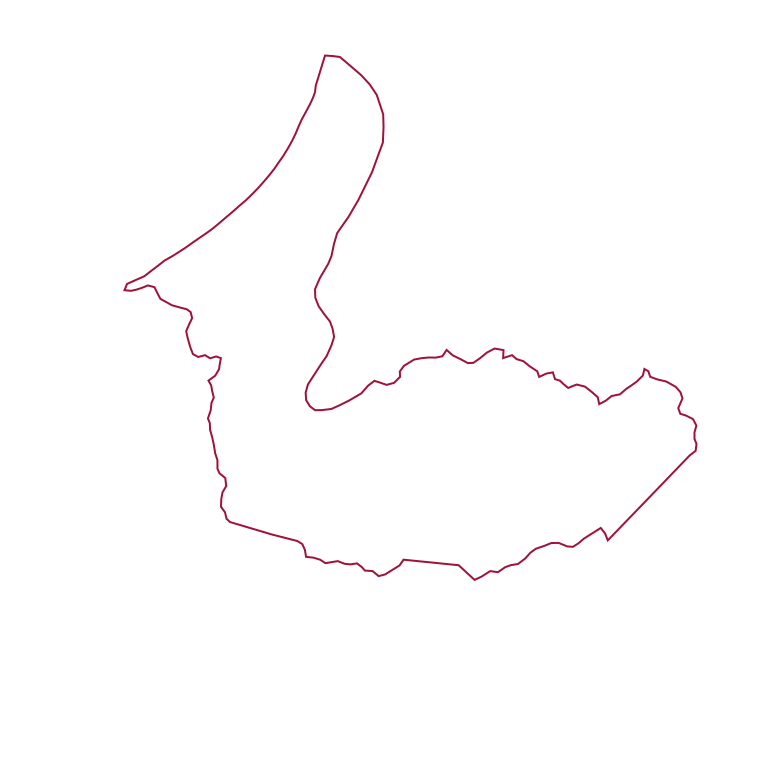 Ituberá, Bahia, Brazil (Equal Earth projection), rotated 224°
{"feature_id": "56859067B48317251517173", "entity_name": "Ituberá", "entity_type": "district", "adm_level": 2, "iso_a3": "BRA", "parent_name": "Brazil", "parent_adm1": "Bahia", "projection": "equal_earth", "projection_center": [-39.132, -13.75], "detail": "fine", "context": "isolated", "style": "outline", "palette": "rose", "viewbox_px": 768, "rotation_deg": 224, "n_neighbors": 0, "source": "geoboundaries", "source_scale": "gbopen_adm2", "svg_char_len": 2998}
<svg xmlns="http://www.w3.org/2000/svg" viewBox="0 0 768 768"><g transform="rotate(224 384 384)"><path d="M654.6,579.3L640.4,551.3L636.4,546.1L634.0,540.8L631.8,534.5L629.5,526.5L626.9,517.0L624.4,510.1L621.7,503.2L619.3,496.0L617.0,487.6L614.9,478.1L613.4,468.6L612.4,462.6L611.6,455.1L611.0,445.5L610.7,436.9L610.7,428.7L611.0,420.2L611.9,410.8L612.6,401.9L613.4,394.5L614.1,386.8L615.1,377.5L616.5,369.4L618.1,361.5L619.8,353.1L621.5,344.0L623.2,336.7L624.9,329.5L627.6,320.5L628.6,313.0L630.1,303.4L631.3,294.9L634.7,286.6L638.4,277.5L635.8,271.2L630.6,275.4L627.4,280.3L624.7,285.5L622.3,290.9L616.4,294.2L609.7,291.8L604.0,289.9L598.2,291.5L591.3,293.3L582.8,297.9L577.7,300.8L573.0,301.4L567.8,298.1L565.6,291.5L563.0,284.6L557.2,280.7L548.7,275.8L542.2,272.8L536.4,274.4L532.8,280.4L526.9,281.7L523.9,287.2L519.3,289.3L516.2,284.6L512.9,280.0L511.2,272.7L512.6,264.5L507.3,262.9L502.6,259.5L497.0,256.0L495.0,250.6L490.4,244.7L486.7,236.9L482.0,234.8L477.4,230.3L471.0,226.6L464.4,222.2L457.3,216.9L450.9,213.5L445.0,207.4L440.3,205.5L432.8,206.1L426.6,200.9L424.9,193.9L421.2,188.3L415.9,182.4L409.3,181.3L403.7,177.7L398.9,177.7L359.3,198.3L337.4,210.8L331.6,212.1L325.6,209.7L320.0,205.5L314.1,210.1L307.8,213.3L301.7,214.4L294.2,224.5L287.6,227.2L282.9,230.9L278.8,236.2L272.7,236.9L268.2,236.5L262.2,241.5L254.4,242.1L251.0,247.6L248.8,256.3L246.8,264.2L247.9,271.2L204.4,305.5L182.8,306.0L180.1,313.0L177.6,323.2L171.3,327.8L169.6,336.3L167.0,341.7L162.6,347.6L161.2,356.5L161.5,364.4L160.3,371.0L156.1,379.2L153.2,385.8L148.0,391.0L139.3,394.5L135.0,398.1L133.5,404.3L132.8,411.6L130.4,421.5L128.1,431.0L121.3,430.1L114.4,427.0L114.4,454.5L114.4,493.7L114.5,544.7L113.4,552.4L117.6,558.0L122.5,560.2L127.0,564.8L130.4,571.1L137.3,573.4L144.8,571.1L150.2,568.4L155.6,571.1L159.3,581.0L165.0,584.0L172.2,584.6L182.6,581.9L190.9,577.0L197.5,574.1L202.7,576.8L207.1,575.7L203.6,569.8L203.9,561.2L205.1,554.5L206.4,548.4L207.1,540.5L211.9,533.5L212.9,526.0L215.2,519.0L221.0,523.0L229.1,522.6L237.7,521.7L245.1,517.4L248.8,509.1L255.1,508.6L259.8,508.6L264.4,506.3L270.6,509.7L274.5,504.2L277.3,496.9L282.6,499.6L291.7,497.9L299.5,497.3L305.9,494.0L311.9,493.7L316.3,485.4L321.6,491.4L329.1,486.3L331.8,478.1L332.8,469.6L334.4,461.3L338.2,457.3L346.0,455.1L354.3,452.4L362.6,452.0L361.3,444.5L365.1,438.9L370.1,434.3L374.9,428.7L379.3,422.5L382.3,410.9L381.3,404.0L377.4,400.3L377.6,391.8L381.5,385.2L387.9,382.2L393.1,379.6L394.3,371.6L393.8,361.5L397.7,347.6L401.4,337.3L404.5,329.5L410.7,321.9L415.4,317.3L421.7,316.5L428.8,318.3L434.4,323.4L438.4,330.8L442.3,350.6L443.5,357.2L444.7,364.4L448.7,375.4L452.6,383.2L459.5,388.1L466.3,391.4L475.4,392.7L484.9,394.5L493.3,398.3L499.5,404.3L503.7,415.6L507.6,431.7L510.7,439.6L517.1,449.7L522.5,460.0L523.7,467.2L525.6,479.5L530.3,498.7L539.8,528.2L544.7,539.1L552.6,557.0L563.1,568.8L571.9,577.4L590.0,586.9L602.5,589.6L615.1,590.3L633.7,589.2L642.9,588.6L648.7,584.3L654.6,579.3Z" fill="none" stroke="#9f1239" stroke-width="2"/></g></svg>